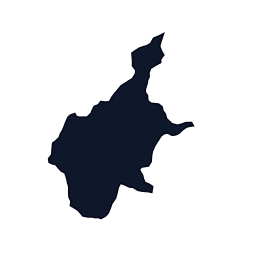 outline of Adelândia, Goiás, Brazil, rotated 214°
{"feature_id": "56859067B13956075802223", "entity_name": "Adelândia", "entity_type": "district", "adm_level": 2, "iso_a3": "BRA", "parent_name": "Brazil", "parent_adm1": "Goiás", "projection": "natural_earth1", "projection_center": [-50.188, -16.386], "detail": "fine", "context": "isolated", "style": "filled", "palette": "ink", "viewbox_px": 256, "rotation_deg": 214, "n_neighbors": 0, "source": "geoboundaries", "source_scale": "gbopen_adm2", "svg_char_len": 1658}
<svg xmlns="http://www.w3.org/2000/svg" viewBox="0 0 256 256"><g transform="rotate(214 128 128)"><path d="M176.7,58.2L174.3,55.4L171.0,55.9L167.3,57.2L163.7,56.0L159.5,55.0L155.1,55.4L150.2,51.5L147.3,48.6L144.4,46.3L140.9,41.1L138.2,37.6L134.3,35.4L132.4,31.4L129.0,31.7L123.3,31.8L116.2,29.8L111.4,31.9L107.9,34.2L105.1,35.3L102.7,37.1L99.7,37.9L97.4,42.4L96.8,46.5L97.9,51.6L99.1,56.3L99.1,63.0L101.0,68.6L102.9,73.5L103.3,77.9L99.9,78.9L94.0,79.8L90.7,81.6L85.2,81.8L82.3,82.9L79.0,84.6L75.7,86.5L72.2,87.9L74.8,93.3L78.9,93.3L83.4,92.3L86.6,94.4L89.6,97.1L92.8,98.5L95.6,100.4L94.6,103.5L89.8,107.9L89.9,113.0L92.9,118.1L94.7,122.1L95.8,128.0L96.0,132.5L96.1,140.0L94.9,143.4L92.6,145.9L87.3,146.6L84.5,149.1L82.8,152.1L81.6,157.1L80.1,161.3L77.7,164.0L75.0,166.4L78.4,168.1L83.1,164.8L86.1,160.7L88.7,157.9L94.1,156.1L101.3,157.4L104.9,160.5L108.6,161.8L111.7,164.7L116.0,165.0L122.8,161.4L126.9,161.8L130.1,165.9L133.6,167.2L135.4,170.1L137.0,175.5L138.5,178.7L139.1,182.4L141.5,185.4L142.6,190.0L140.4,195.0L137.5,200.6L139.4,203.3L139.1,208.5L143.2,210.5L147.4,213.4L148.6,216.6L151.3,226.2L153.3,222.5L157.0,216.8L156.6,210.7L158.1,207.2L161.0,203.7L163.1,200.9L164.8,197.2L166.7,192.3L163.6,188.5L161.6,186.0L159.0,182.0L153.9,180.3L152.1,177.1L152.0,171.3L154.0,166.8L157.3,159.2L158.0,152.6L158.4,148.2L158.6,144.8L158.1,139.4L161.4,136.8L165.4,134.8L165.7,130.4L168.1,127.2L167.7,123.5L166.9,119.4L168.0,114.1L174.3,109.8L177.2,108.7L180.2,110.3L183.0,106.6L183.8,103.3L182.8,97.7L181.6,92.8L180.9,89.1L180.8,85.4L179.7,81.6L180.8,76.9L182.0,73.4L179.9,69.4L176.4,63.3L176.7,58.2Z" fill="#0f172a" stroke="#020617" stroke-width="1.5"/></g></svg>